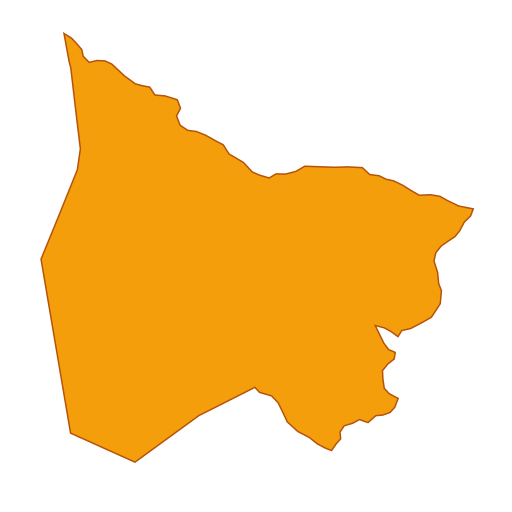 the district of Gandu, Bahia, Brazil, rotated 273°
{"feature_id": "56859067B69626840226512", "entity_name": "Gandu", "entity_type": "district", "adm_level": 2, "iso_a3": "BRA", "parent_name": "Brazil", "parent_adm1": "Bahia", "projection": "albers", "projection_center": [-39.469, -13.802], "detail": "fine", "context": "isolated", "style": "filled", "palette": "amber", "viewbox_px": 512, "rotation_deg": 273, "n_neighbors": 0, "source": "geoboundaries", "source_scale": "gbopen_adm2", "svg_char_len": 1494}
<svg xmlns="http://www.w3.org/2000/svg" viewBox="0 0 512 512"><g transform="rotate(273 256 256)"><path d="M332.8,73.1L287.4,57.5L241.6,41.5L69.4,80.1L43.8,145.9L93.7,207.4L124.8,261.8L120.0,266.6L117.1,278.9L110.6,285.8L101.2,291.0L91.9,296.0L82.9,307.0L77.5,318.8L71.4,327.4L67.8,335.2L65.7,341.6L72.4,345.8L77.9,350.1L84.6,349.1L91.1,353.0L94.0,361.2L98.1,367.9L95.5,376.6L102.8,384.0L103.8,390.9L106.7,398.0L112.2,402.5L121.2,405.4L125.5,396.2L130.6,391.0L139.6,389.2L148.2,388.3L155.3,393.5L160.4,399.4L167.0,400.1L169.4,393.5L175.5,388.3L192.8,378.7L191.0,387.7L187.9,394.4L182.9,402.0L189.2,405.5L191.7,414.3L198.6,425.9L204.1,434.4L211.7,438.9L218.1,442.5L231.1,443.0L237.9,439.9L249.2,438.2L260.3,434.0L268.6,435.4L275.7,440.4L281.2,447.5L285.8,453.7L292.0,458.2L300.7,462.2L307.2,468.2L314.4,470.5L316.5,455.9L321.5,444.0L325.2,436.6L326.3,427.1L325.2,415.9L329.5,407.4L334.3,398.8L338.3,389.4L339.4,382.1L342.6,374.7L343.3,365.3L349.8,357.6L349.8,343.1L348.7,329.4L348.2,300.0L342.5,291.3L339.4,281.3L339.0,271.6L334.6,265.1L336.9,255.4L339.7,247.9L348.7,238.6L356.5,223.7L365.3,217.5L369.2,209.0L374.0,199.3L377.2,190.0L377.9,181.2L382.6,173.4L391.7,169.3L399.6,172.9L407.9,169.2L411.1,156.9L411.5,146.6L419.1,141.0L420.1,133.6L421.6,126.5L428.8,115.4L435.6,107.3L440.1,102.0L442.9,95.0L442.9,86.9L440.6,79.3L446.4,73.0L453.0,71.2L458.8,65.7L463.8,60.5L468.2,52.6L440.4,59.2L434.2,61.2L384.7,69.6L353.8,75.0L332.8,73.1Z" fill="#f59e0b" stroke="#b45309" stroke-width="1.5"/></g></svg>